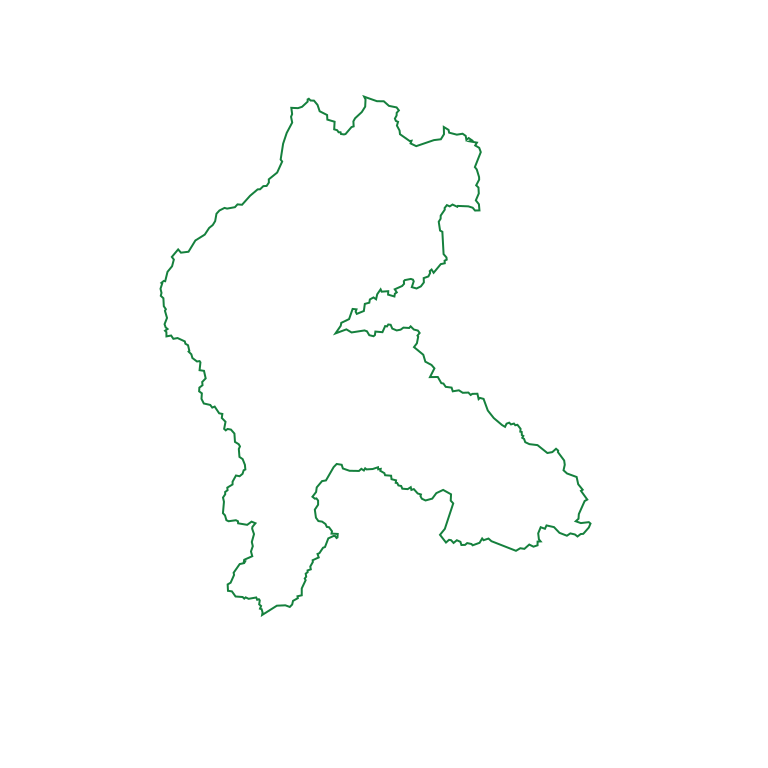 Chimaltitán, Jalisco, Mexico, rotated 204°
{"feature_id": "50627088B46127437383593", "entity_name": "Chimaltitán", "entity_type": "district", "adm_level": 2, "iso_a3": "MEX", "parent_name": "Mexico", "parent_adm1": "Jalisco", "projection": "albers", "projection_center": [-103.699, 21.741], "detail": "fine", "context": "isolated", "style": "outline", "palette": "green", "viewbox_px": 768, "rotation_deg": 204, "n_neighbors": 0, "source": "geoboundaries", "source_scale": "gbopen_adm2", "svg_char_len": 6154}
<svg xmlns="http://www.w3.org/2000/svg" viewBox="0 0 768 768"><g transform="rotate(204 384 384)"><path d="M141.0,328.2L138.5,336.2L138.6,340.5L140.7,341.1L147.6,337.0L153.0,336.6L151.5,340.0L153.1,344.4L153.1,358.7L151.3,361.1L160.6,366.5L159.5,368.2L165.8,371.4L170.2,377.4L180.4,376.7L184.9,378.2L186.0,383.7L188.3,387.4L197.4,392.5L197.8,394.0L200.5,394.8L202.5,390.3L206.7,387.4L218.9,390.6L226.7,388.2L231.3,388.3L233.7,390.8L235.8,391.1L235.6,393.2L237.3,393.4L238.7,396.2L240.1,395.9L241.0,398.6L245.5,401.0L247.3,399.7L249.2,400.7L251.6,398.7L253.9,399.6L255.9,397.6L256.0,394.1L259.4,394.5L269.8,397.5L278.4,402.0L287.0,410.9L290.7,410.3L291.4,408.7L294.7,413.1L299.3,410.9L300.4,409.2L303.4,410.5L308.5,408.0L313.0,408.7L318.2,405.3L320.8,408.2L326.5,406.5L329.9,408.6L332.0,408.1L337.7,412.3L344.8,409.0L344.3,418.8L348.3,420.7L355.3,421.2L360.0,426.7L371.6,429.9L370.5,434.6L372.0,441.1L373.1,441.8L372.2,445.1L374.8,446.6L378.9,445.9L383.1,447.5L383.8,445.4L389.2,443.4L390.9,440.4L394.2,438.1L399.0,438.0L402.0,440.8L404.3,440.1L404.7,437.8L406.5,437.4L406.5,430.7L413.2,428.4L412.2,425.0L413.0,423.4L417.3,422.6L421.0,425.2L423.6,425.0L434.6,417.9L440.6,418.6L448.9,410.5L447.2,419.6L447.9,422.5L442.3,429.1L443.2,439.8L439.5,441.0L439.3,438.5L437.4,437.0L432.1,442.5L434.1,449.4L430.5,452.3L431.3,455.5L428.8,458.8L425.7,458.2L426.7,463.2L425.6,469.1L423.7,467.4L417.9,470.5L416.6,467.3L410.1,468.2L410.8,470.9L409.6,472.9L412.7,474.9L407.3,480.9L406.4,483.7L407.7,486.0L407.2,487.4L402.2,490.9L400.0,491.1L398.6,489.9L398.0,483.8L393.1,484.5L390.0,488.2L388.9,493.0L390.8,496.9L387.2,500.3L387.0,504.1L388.1,505.7L387.1,507.9L383.9,505.8L380.9,516.6L377.6,519.0L378.8,521.3L377.3,523.1L378.4,525.0L382.4,526.9L392.6,546.8L395.2,547.0L400.0,554.5L399.5,558.0L400.7,560.9L399.4,568.0L400.2,569.4L399.3,573.0L396.2,573.0L394.4,575.8L389.1,575.7L389.0,576.7L379.2,580.6L374.7,581.1L371.4,579.5L367.4,581.4L370.4,586.8L374.8,589.1L374.9,596.6L377.6,601.9L380.6,603.0L380.2,609.4L381.3,611.7L386.5,617.7L389.2,619.1L389.9,635.2L393.1,638.5L397.7,639.0L397.3,642.3L404.6,640.5L402.8,642.4L406.7,643.1L408.0,640.5L410.3,643.9L414.0,644.6L418.9,641.4L426.7,640.1L428.4,642.4L433.9,643.1L430.8,636.6L431.6,630.7L437.6,627.1L451.3,614.4L457.6,614.6L457.8,617.4L459.3,616.4L471.0,618.7L472.9,621.9L477.3,625.3L477.8,629.2L480.2,629.2L482.0,630.9L481.7,634.4L482.7,636.9L481.7,640.0L485.0,641.8L492.6,640.1L499.2,642.2L505.4,639.5L519.0,638.4L516.6,636.4L514.0,629.7L514.9,623.4L518.5,615.0L518.8,611.5L516.5,607.0L518.2,605.5L520.8,596.7L522.1,595.7L525.0,594.9L526.1,596.3L527.9,595.5L530.0,596.8L533.1,596.4L535.8,603.5L543.3,602.5L545.4,606.6L553.7,607.0L558.2,611.9L563.2,614.4L566.4,613.1L568.7,614.0L569.5,612.9L568.6,610.9L571.6,603.9L574.8,601.0L581.0,598.6L577.7,593.2L577.6,590.3L574.2,585.5L575.0,573.8L573.9,562.5L569.7,547.0L567.5,545.8L567.6,533.7L572.5,524.1L571.1,521.2L571.8,517.2L574.7,515.7L576.4,511.5L578.6,510.4L582.9,501.5L586.6,490.0L590.9,488.5L592.1,484.9L598.7,480.4L601.3,480.0L604.9,475.6L606.3,471.4L604.5,464.1L605.1,459.6L607.2,455.5L608.5,447.6L614.7,438.4L616.4,425.3L622.9,421.4L626.8,423.2L629.5,413.8L626.6,412.2L625.5,405.4L627.4,398.4L625.7,388.9L627.1,388.6L628.5,385.8L627.5,385.6L626.9,380.1L624.3,376.7L623.8,373.8L620.4,372.6L616.8,365.5L613.7,363.6L613.9,361.8L609.1,356.1L608.8,349.4L606.5,346.9L604.1,346.2L605.7,343.6L603.9,342.9L602.1,339.0L598.2,341.7L594.8,339.6L591.3,342.0L583.3,341.9L581.8,340.0L578.8,339.7L575.3,335.1L575.7,334.1L572.1,332.8L569.6,329.8L564.0,328.5L561.8,329.9L560.5,329.1L558.1,321.6L553.8,322.8L549.2,316.6L550.9,311.9L549.3,309.1L551.2,305.6L549.9,302.1L546.6,301.4L544.7,296.2L540.7,292.9L534.2,294.2L531.3,292.6L529.5,294.5L522.7,290.2L519.5,290.9L518.4,287.0L513.4,285.0L511.8,278.0L509.7,277.3L508.6,279.3L505.3,280.1L500.5,277.9L496.6,270.5L492.2,269.9L490.2,268.4L490.2,265.6L486.4,258.6L482.6,257.9L478.2,253.6L475.9,249.5L477.1,248.1L476.7,244.4L478.4,241.0L482.0,240.2L482.6,233.2L481.5,230.6L485.0,225.6L483.7,223.3L485.2,220.8L484.2,218.6L484.9,214.8L482.3,211.3L478.6,200.5L475.8,199.3L472.6,195.5L470.2,195.4L463.9,199.3L461.6,199.2L460.6,197.4L451.7,199.7L449.0,204.4L444.8,204.5L446.1,200.0L445.6,198.2L441.7,194.0L440.5,185.9L437.9,182.5L437.4,176.9L434.3,173.1L440.2,166.6L439.8,164.9L438.7,165.4L438.9,163.5L442.6,160.8L444.6,150.4L443.3,148.6L443.3,140.1L445.3,137.3L442.4,131.6L438.6,132.7L433.2,129.5L426.5,131.9L424.4,131.1L423.6,132.8L420.3,132.7L413.9,137.0L412.1,135.3L410.8,136.5L409.5,135.8L408.4,131.9L406.0,131.2L405.9,128.3L404.2,128.5L402.0,125.9L401.4,123.4L391.7,137.9L384.1,141.7L379.4,142.0L378.2,145.2L378.9,148.9L375.6,153.3L376.7,154.9L373.2,157.5L376.0,163.8L375.8,172.9L377.3,174.1L376.7,176.3L378.4,178.9L377.2,181.0L378.0,182.6L375.5,184.9L377.1,187.3L376.6,192.4L377.5,194.0L373.1,199.0L375.6,201.7L374.2,203.2L373.1,209.6L371.6,211.1L372.1,220.3L368.3,224.6L366.8,225.2L364.7,224.0L364.1,224.9L365.3,228.2L371.1,226.0L371.6,228.3L376.0,230.8L378.1,230.2L380.5,232.3L384.6,233.1L388.2,232.1L391.8,234.2L396.1,241.1L395.1,246.9L396.8,250.7L399.2,252.0L400.5,251.1L403.5,251.9L402.1,257.7L403.4,262.2L401.1,270.1L397.8,272.3L396.2,287.6L394.7,291.7L389.8,293.0L387.2,290.1L380.2,290.7L371.5,294.4L370.2,297.3L367.2,296.8L366.9,299.3L365.2,298.9L359.8,301.7L355.6,305.5L354.6,303.7L352.5,305.1L352.1,303.2L347.4,302.7L345.9,301.1L340.2,303.1L338.4,300.1L333.8,300.9L333.1,298.5L331.6,298.9L329.6,297.2L326.8,297.8L324.7,295.8L319.6,297.6L317.6,300.6L315.9,298.4L314.0,300.1L308.7,297.7L305.3,298.1L305.1,296.4L302.8,294.6L298.7,294.5L293.3,298.9L291.8,305.6L286.9,311.3L277.9,310.5L275.6,304.6L272.2,303.1L269.5,276.4L271.5,269.0L262.9,264.4L261.2,268.1L259.2,268.6L255.8,267.1L253.9,270.9L250.0,270.9L247.8,268.4L244.5,270.0L243.3,272.5L239.0,273.4L237.4,272.7L232.1,277.8L231.5,282.8L229.5,281.8L225.7,285.3L221.9,284.1L195.6,285.3L192.7,289.4L188.7,290.5L186.0,296.4L181.3,296.2L178.1,299.1L179.6,302.5L176.9,303.9L179.3,305.1L182.4,310.3L182.6,316.9L178.1,317.2L178.0,320.9L170.5,322.4L163.2,319.4L155.2,319.8L153.0,323.3L148.4,324.2L145.2,323.4L143.3,326.9L141.0,328.2Z" fill="none" stroke="#15803d" stroke-width="2"/></g></svg>